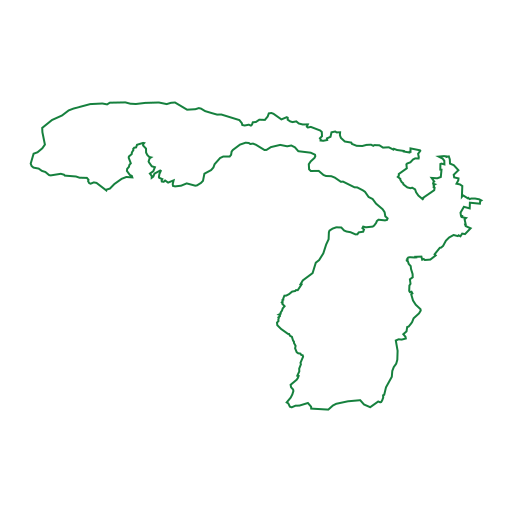 the district of Ocna Sugatag, Maramures, Romania
{"feature_id": "2599482B76843829186540", "entity_name": "Ocna Sugatag", "entity_type": "district", "adm_level": 2, "iso_a3": "ROU", "parent_name": "Romania", "parent_adm1": "Maramures", "projection": "robinson", "projection_center": [23.858, 47.763], "detail": "fine", "context": "isolated", "style": "outline", "palette": "green", "viewbox_px": 512, "rotation_deg": 0, "n_neighbors": 0, "source": "geoboundaries", "source_scale": "gbopen_adm2", "svg_char_len": 6072}
<svg xmlns="http://www.w3.org/2000/svg" viewBox="0 0 512 512"><path d="M311.2,408.6L328.3,409.6L332.9,405.5L336.2,403.8L347.9,401.3L360.2,400.2L364.0,404.5L370.2,407.2L378.2,401.5L380.2,402.3L381.2,402.0L382.2,400.3L383.2,397.6L383.1,395.3L384.2,394.8L386.0,387.3L391.8,376.8L392.3,370.9L393.8,367.0L396.2,363.7L397.3,359.8L397.6,350.8L395.8,340.5L398.6,339.3L401.7,339.6L405.8,338.5L405.5,336.8L403.3,334.2L406.5,331.4L407.2,327.0L408.6,326.6L410.9,323.8L412.1,322.1L413.6,318.3L419.0,313.4L420.7,310.6L420.5,309.2L415.7,304.7L413.0,300.5L411.2,294.2L412.4,293.4L411.5,291.7L409.9,292.1L409.2,290.9L409.4,285.5L410.5,283.8L409.9,279.3L412.7,277.3L412.6,274.1L411.0,268.9L410.7,266.1L408.7,263.9L407.9,261.3L406.8,260.7L406.7,260.2L407.6,259.6L407.3,258.6L408.3,257.5L410.0,257.2L414.5,257.5L415.9,257.4L415.6,256.8L421.4,256.6L422.2,259.7L423.7,259.0L424.8,260.0L430.3,259.6L435.7,255.4L434.6,254.3L439.8,247.8L441.1,247.6L443.1,245.9L445.9,240.7L449.1,237.5L453.6,235.0L457.8,236.1L458.6,235.3L460.4,236.3L462.2,233.6L465.0,234.1L470.6,228.3L465.7,226.1L465.1,224.5L465.7,224.4L464.6,219.3L466.0,218.0L461.8,217.1L462.1,216.0L461.0,215.9L460.5,212.7L463.9,206.8L469.7,208.4L469.9,202.7L479.9,203.7L480.2,201.1L481.3,200.4L479.2,199.3L474.9,198.5L471.4,198.5L469.6,199.1L468.3,197.9L467.8,198.3L463.1,195.4L461.9,196.8L462.3,186.0L459.9,184.4L456.5,183.7L458.3,180.3L458.5,178.4L454.2,177.4L453.7,174.8L458.4,170.2L453.8,165.2L450.0,163.6L449.8,159.4L448.8,156.4L446.6,156.9L446.6,156.4L443.9,156.1L438.7,156.6L442.6,158.6L444.3,160.7L444.4,164.4L441.4,163.6L440.4,164.0L440.3,169.6L441.5,169.7L440.8,177.0L437.2,178.3L431.6,177.9L434.2,181.5L433.5,182.0L433.1,183.7L434.8,184.3L434.0,184.7L433.6,185.8L434.1,186.2L433.7,187.3L434.6,187.8L434.2,190.2L423.0,197.9L423.2,198.6L422.7,199.2L418.4,195.6L416.1,192.3L415.1,189.4L412.2,187.7L410.5,188.2L407.3,187.4L403.4,184.4L403.2,183.3L401.7,182.1L400.3,179.7L400.3,178.8L397.8,176.9L398.8,175.8L398.8,174.0L406.8,168.3L406.4,164.3L407.2,163.5L410.4,162.3L413.0,159.5L415.2,158.4L418.6,158.5L418.8,157.2L418.1,153.8L420.3,150.8L420.0,150.3L410.5,148.4L410.5,151.9L409.5,151.9L409.4,152.5L403.8,151.5L403.9,151.0L403.5,150.9L397.0,150.0L393.9,148.8L393.4,149.6L388.8,147.3L383.0,147.6L379.4,145.3L374.3,145.1L373.3,145.8L371.0,144.7L366.5,144.9L362.3,146.0L356.6,145.8L351.9,143.9L351.3,142.6L344.8,141.5L340.9,137.9L339.9,135.2L340.1,132.3L336.6,132.4L335.2,131.5L331.5,132.3L330.5,136.8L326.9,138.4L327.2,140.0L323.2,140.8L320.6,140.5L320.8,139.7L319.9,138.3L322.0,136.2L321.9,134.0L321.8,132.0L320.2,130.5L310.8,126.9L307.8,127.5L306.8,126.6L307.8,124.4L302.8,124.5L298.8,123.5L296.3,121.4L292.5,122.1L290.2,121.4L287.7,119.7L287.7,117.7L286.7,117.2L281.4,119.4L273.5,113.8L271.4,113.0L268.8,113.4L267.7,116.5L264.9,119.9L259.3,119.7L255.9,122.0L252.8,122.3L252.0,124.6L250.9,125.6L248.8,124.7L244.7,125.5L242.3,125.0L241.8,123.1L239.4,120.1L221.3,114.5L217.1,114.6L212.1,113.2L205.1,111.1L201.0,108.6L198.8,108.1L195.4,109.2L187.1,109.7L175.0,102.5L171.0,102.8L166.7,104.1L158.9,102.5L145.2,102.9L135.9,104.0L130.3,103.7L125.4,102.4L109.8,102.7L107.1,104.4L102.4,103.5L90.2,104.1L73.4,108.6L68.7,110.4L62.0,115.5L52.0,120.0L42.2,127.9L42.4,132.2L44.9,144.6L42.3,148.3L37.5,152.3L33.6,153.7L30.7,163.6L31.6,166.0L33.5,167.6L38.7,168.6L41.9,170.9L45.4,172.0L49.1,175.1L50.7,175.4L60.8,173.8L64.0,174.7L64.8,175.6L76.0,176.5L79.5,177.7L86.9,177.9L88.5,179.8L88.1,181.1L89.2,183.1L90.6,183.7L93.8,182.4L96.5,182.9L106.3,190.4L106.5,189.6L109.9,188.6L114.4,184.0L121.7,178.8L126.3,177.0L132.3,177.4L131.8,175.9L129.9,175.0L126.9,170.9L127.2,168.8L128.9,166.9L129.4,164.9L130.8,163.3L128.7,157.8L128.9,156.5L131.7,154.1L131.9,152.4L133.4,150.0L133.2,148.9L134.2,147.7L136.1,147.4L137.0,144.8L143.1,142.9L144.1,143.1L143.1,144.3L143.1,145.5L146.0,148.6L146.1,152.6L147.4,155.1L149.3,157.0L151.0,157.4L149.6,158.3L148.6,161.5L149.0,162.4L151.8,166.3L154.9,167.2L153.3,171.2L149.9,173.6L151.7,175.9L151.7,177.8L153.3,176.6L154.5,173.6L160.2,170.5L160.8,170.9L159.4,174.0L158.9,177.1L159.2,177.8L162.3,179.1L161.6,180.3L161.8,181.5L163.7,181.8L165.1,180.5L168.1,182.6L173.6,180.4L172.7,184.1L173.0,185.9L175.1,186.4L181.1,185.7L186.7,183.4L195.3,185.7L197.0,185.4L201.0,182.9L203.0,180.8L204.4,173.7L211.1,170.1L213.4,167.5L214.6,164.2L220.1,158.0L223.3,156.5L229.7,156.5L231.1,154.8L231.6,151.6L232.8,150.0L240.0,144.6L245.6,142.7L248.8,143.0L250.3,144.0L253.0,143.6L256.0,144.8L264.5,150.0L266.5,149.9L270.9,147.1L280.2,144.9L287.2,146.3L291.3,145.5L294.9,147.3L298.3,151.2L310.7,152.7L315.0,154.7L315.3,156.2L314.5,157.9L310.7,161.4L308.8,164.2L309.1,169.3L310.8,171.0L318.7,170.9L323.5,175.0L326.0,176.0L331.3,176.2L334.8,177.6L340.9,181.8L343.0,181.6L354.5,187.3L357.2,187.4L362.8,190.3L365.0,191.8L368.6,197.0L372.6,199.0L376.0,203.6L382.6,209.2L384.6,212.2L385.3,216.3L387.6,218.4L387.0,219.9L385.0,220.4L378.5,219.7L376.8,221.1L376.2,222.8L374.1,225.6L372.7,226.6L365.9,227.3L363.2,226.6L362.4,228.1L364.0,229.5L363.2,231.7L358.7,232.4L357.4,234.3L355.5,234.4L350.5,232.2L346.5,231.5L344.1,230.5L341.3,227.5L336.3,227.3L332.6,228.6L329.5,230.6L328.9,232.2L328.6,239.3L326.2,244.4L323.3,253.4L319.1,260.1L315.8,262.7L312.6,273.1L302.8,280.4L300.5,284.3L301.5,284.5L297.8,290.1L296.0,290.1L295.2,291.0L292.1,291.6L289.1,294.1L286.2,295.6L284.4,295.7L283.2,298.7L283.3,299.7L282.4,300.1L282.6,301.4L281.8,302.3L282.6,302.9L282.3,303.8L284.6,306.2L282.7,308.4L282.0,310.6L280.6,312.6L280.7,313.7L278.9,314.6L279.9,315.0L279.9,316.2L278.4,317.4L278.8,318.0L278.3,319.7L278.5,321.0L277.0,322.6L277.3,325.2L281.0,328.9L288.0,333.9L289.1,334.0L290.0,335.8L291.9,336.8L293.1,340.7L293.9,341.5L294.0,343.0L295.6,345.9L295.1,348.3L296.7,352.2L298.2,353.3L300.4,353.6L301.2,354.9L302.7,355.3L303.1,356.7L300.5,362.8L300.9,364.3L299.2,368.6L299.3,371.4L297.3,375.7L298.6,376.0L297.9,377.9L296.7,379.7L290.6,384.8L291.1,387.3L293.1,389.5L293.4,391.0L292.3,394.5L290.7,397.6L286.7,402.4L288.3,403.4L289.9,406.7L291.7,407.3L295.5,405.7L299.4,405.6L307.9,403.0L311.1,406.7L311.2,408.6Z" fill="none" stroke="#15803d" stroke-width="2"/></svg>